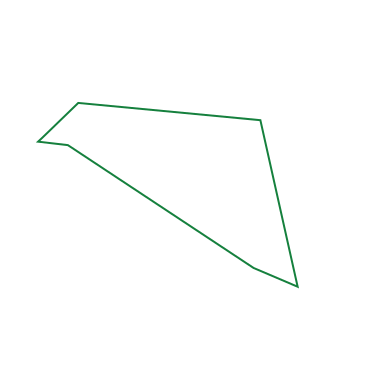 an SVG outline of Razkrižje, rotated 55°
{"feature_id": "SVN-269", "entity_name": "Razkrižje", "entity_type": "Municipality", "adm_level": 1, "iso_a3": "SVN", "parent_name": "Slovenia", "parent_adm1": "", "projection": "albers", "projection_center": [16.278, 46.524], "detail": "fine", "context": "isolated", "style": "outline", "palette": "green", "viewbox_px": 384, "rotation_deg": 55, "n_neighbors": 0, "source": "natural_earth", "source_scale": "10m", "svg_char_len": 256}
<svg xmlns="http://www.w3.org/2000/svg" viewBox="0 0 384 384"><g transform="rotate(55 192 192)"><path d="M330.2,159.8L289.6,185.1L82.4,266.8L62.5,289.2L61.7,283.6L53.8,234.1L172.4,94.8L330.2,159.8Z" fill="none" stroke="#15803d" stroke-width="2"/></g></svg>